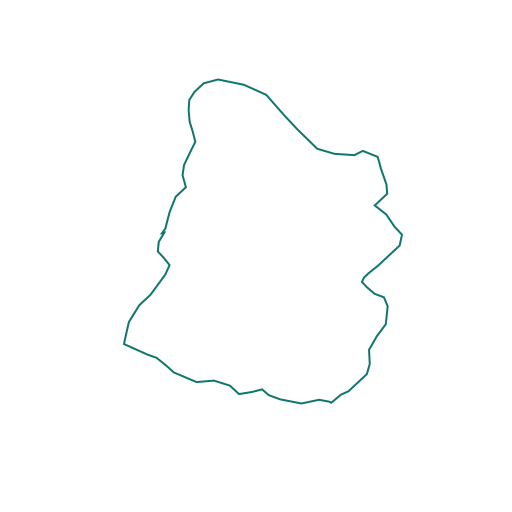 the Statistical Region of Demir Hisar, rotated 47°
{"feature_id": "MKD-2897", "entity_name": "Demir Hisar", "entity_type": "Statistical Region", "adm_level": 1, "iso_a3": "MKD", "parent_name": "North Macedonia", "parent_adm1": "", "projection": "natural_earth1", "projection_center": [21.134, 41.256], "detail": "fine", "context": "isolated", "style": "outline", "palette": "teal", "viewbox_px": 512, "rotation_deg": 47, "n_neighbors": 0, "source": "natural_earth", "source_scale": "10m", "svg_char_len": 1167}
<svg xmlns="http://www.w3.org/2000/svg" viewBox="0 0 512 512"><g transform="rotate(47 256 256)"><path d="M266.5,99.4L270.6,101.5L277.4,105.1L292.8,111.9L300.0,117.6L300.0,126.7L300.0,134.7L314.5,132.4L329.0,134.7L340.0,134.7L346.3,143.8L346.3,157.5L346.3,173.4L345.4,184.9L345.4,191.7L347.2,196.2L354.4,196.2L364.4,195.1L373.5,190.6L382.6,194.0L394.4,207.6L397.1,222.5L401.7,237.3L412.5,246.4L418.0,255.5L418.0,265.8L418.0,280.6L415.3,288.6L414.7,301.0L412.9,301.5L404.2,307.9L394.8,323.4L377.3,336.1L366.4,341.6L357.7,342.5L352.7,351.7L345.4,362.6L333.0,363.5L318.5,371.7L307.7,385.4L297.5,390.0L285.1,395.5L274.9,396.4L262.6,398.2L253.9,402.7L240.8,408.2L230.4,412.6L227.5,408.6L217.6,394.0L212.4,375.0L212.4,359.7L207.7,334.9L203.7,325.4L194.4,324.7L185.7,324.7L179.3,317.4L176.4,307.2L175.2,309.2L174.1,303.5L167.7,293.6L164.8,288.9L157.9,274.3L157.9,260.4L146.8,254.6L140.4,246.6L135.2,233.4L131.1,222.5L121.8,217.4L112.6,213.0L103.3,205.7L96.4,198.4L94.0,189.0L94.0,176.5L95.2,174.3L101.0,163.4L122.5,148.1L145.1,138.6L171.9,139.4L191.0,139.4L219.3,138.1L234.7,129.0L249.3,115.3L252.0,106.2L266.5,99.4Z" fill="none" stroke="#0f766e" stroke-width="2"/></g></svg>